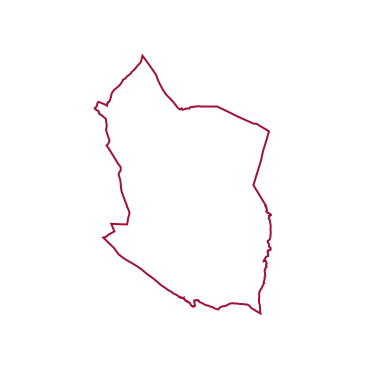 Rollag nor, Buskerud, Norway, rotated 52°
{"feature_id": "86288312B57956747563508", "entity_name": "Rollag nor", "entity_type": "district", "adm_level": 2, "iso_a3": "NOR", "parent_name": "Norway", "parent_adm1": "Buskerud", "projection": "natural_earth1", "projection_center": [9.279, 60.016], "detail": "fine", "context": "isolated", "style": "outline", "palette": "rose", "viewbox_px": 384, "rotation_deg": 52, "n_neighbors": 0, "source": "geoboundaries", "source_scale": "gbopen_adm2", "svg_char_len": 5725}
<svg xmlns="http://www.w3.org/2000/svg" viewBox="0 0 384 384"><g transform="rotate(52 192 192)"><path d="M319.6,206.7L318.2,205.7L316.0,203.5L315.5,203.3L314.5,202.4L313.6,201.9L313.0,201.0L312.3,200.5L310.6,196.7L310.6,196.1L309.8,194.8L308.7,192.5L308.0,191.8L308.1,191.3L307.5,191.4L305.4,188.4L303.7,187.2L303.4,185.9L299.1,183.5L298.5,183.0L298.4,182.9L298.4,182.5L298.3,182.3L298.3,182.1L298.2,182.1L297.6,181.7L297.4,181.2L297.0,180.7L296.8,180.4L297.0,179.5L297.0,179.3L296.8,179.2L295.3,178.8L295.3,178.6L294.6,177.8L294.6,177.3L294.4,177.2L294.0,177.2L293.9,177.1L293.3,176.9L293.2,176.7L292.9,176.6L292.2,176.3L291.7,176.4L291.6,176.7L291.1,177.2L291.1,177.3L290.9,177.7L290.4,177.7L290.4,177.8L290.2,177.6L290.0,177.3L289.9,176.4L289.8,175.9L289.4,175.4L288.8,173.8L288.8,173.0L289.0,172.3L289.4,171.5L289.4,171.2L289.0,170.9L288.5,170.8L288.3,170.6L288.1,170.5L287.4,170.3L287.2,169.8L286.9,169.8L286.7,169.6L286.3,169.4L286.1,169.5L285.6,169.0L285.1,168.7L285.1,168.3L284.9,168.2L284.9,167.8L285.2,167.7L285.3,167.6L285.5,167.4L285.5,167.2L285.6,166.5L285.9,165.9L285.6,165.6L285.6,165.4L285.4,165.0L284.6,164.9L284.2,164.5L283.6,164.6L283.4,164.6L283.4,164.8L283.1,164.9L282.8,164.9L282.4,164.6L281.5,164.4L281.4,164.2L281.2,164.0L279.7,163.2L278.5,163.3L278.0,163.2L277.7,162.9L277.5,162.5L277.4,162.5L277.2,162.3L277.4,161.9L277.3,160.6L277.3,160.1L276.1,158.3L272.3,154.8L270.0,153.3L267.1,150.8L261.9,147.9L261.6,147.8L260.7,148.0L260.3,147.9L260.0,147.7L259.6,147.0L258.7,146.6L258.6,146.4L258.1,146.1L258.1,145.2L258.6,145.0L258.7,144.9L258.6,144.7L258.7,144.2L258.8,144.0L258.7,143.9L257.9,143.8L257.4,144.0L257.2,144.3L256.3,144.3L255.6,144.6L255.2,144.9L255.2,145.1L254.4,145.5L254.1,145.3L253.8,145.3L253.6,145.3L253.3,145.3L253.0,145.4L252.9,145.4L252.9,145.0L252.7,144.8L252.6,144.7L252.5,144.4L252.5,143.9L252.4,143.8L250.6,143.4L250.4,143.2L250.0,143.2L249.9,142.9L248.0,142.7L248.1,142.3L247.5,141.8L246.8,142.0L224.4,139.4L209.6,118.1L203.6,111.0L200.2,106.1L200.1,105.9L197.2,101.8L196.0,100.0L193.2,96.3L191.7,94.0L189.7,94.7L189.1,94.8L188.0,95.3L183.0,97.3L181.6,97.9L179.4,98.5L178.8,98.8L177.4,99.8L177.0,100.2L176.8,100.6L176.6,100.9L176.2,101.3L175.7,101.6L160.1,109.8L153.4,113.0L140.2,119.5L131.3,130.9L130.5,131.9L128.3,134.2L124.1,141.3L124.6,142.5L124.6,142.8L124.3,143.1L124.0,143.7L123.4,144.1L123.0,144.7L122.7,145.0L122.4,146.2L122.2,146.7L122.1,147.0L121.8,147.9L121.3,148.8L119.9,148.7L120.2,149.5L119.5,150.1L119.4,150.3L119.4,150.8L119.2,150.9L118.8,151.0L116.7,151.4L110.1,151.3L105.3,151.7L99.8,152.4L93.3,152.0L85.7,150.6L82.9,149.9L77.3,148.1L66.1,147.5L54.1,147.1L57.1,150.8L57.7,151.8L58.3,153.1L58.6,154.1L58.8,156.5L59.5,159.7L59.8,160.5L60.0,161.8L60.3,165.1L60.3,165.8L61.0,167.4L61.0,171.4L60.9,172.1L61.3,174.0L61.4,174.8L61.5,175.8L61.0,176.8L62.2,179.4L63.3,183.1L63.7,190.9L64.7,194.3L65.9,195.8L69.4,200.4L69.6,201.3L69.6,202.2L69.8,202.4L69.7,202.5L69.8,202.9L69.6,203.0L70.2,203.8L70.2,204.1L70.1,204.3L70.3,204.8L70.5,205.0L70.7,205.3L71.2,205.5L71.3,205.5L71.1,205.3L71.2,205.2L71.4,205.4L71.6,205.7L66.8,208.1L66.2,208.5L63.9,209.9L63.4,210.1L63.4,210.7L63.8,211.8L64.3,212.6L65.2,213.3L65.7,214.2L65.7,214.6L65.9,214.7L65.9,214.8L65.9,215.0L66.0,215.3L65.9,216.0L66.3,217.2L66.9,217.0L67.3,217.2L68.6,216.7L69.3,216.6L69.7,216.2L71.1,215.9L71.5,216.2L72.0,216.2L72.2,216.3L72.3,216.5L73.0,216.7L73.1,217.0L76.7,215.7L78.9,215.4L81.0,214.8L87.1,218.2L90.1,221.4L90.3,221.7L100.6,225.3L102.5,228.3L102.5,229.6L102.9,230.7L107.4,230.9L124.1,232.8L128.4,232.9L129.5,233.6L131.4,235.3L131.4,236.3L132.4,238.2L132.8,238.9L138.0,241.0L141.4,242.9L143.0,244.1L144.2,244.8L145.2,245.5L146.5,246.1L147.0,246.5L147.9,247.0L149.9,247.7L156.0,249.6L157.9,250.3L161.3,251.3L163.4,252.0L164.1,252.5L165.4,252.5L165.8,252.6L168.1,253.4L170.3,254.3L173.2,258.3L177.6,263.1L174.0,267.5L167.4,275.2L175.3,277.4L174.3,284.0L174.2,288.6L173.5,289.3L173.3,290.0L187.7,288.0L196.0,288.2L202.1,286.6L205.0,285.6L208.6,284.2L210.5,283.3L217.0,280.9L221.3,279.5L228.2,278.1L236.6,275.7L241.1,274.7L245.4,274.0L250.2,272.4L253.9,271.4L255.7,270.7L256.8,270.1L257.7,269.8L260.3,269.2L262.4,268.2L263.5,267.5L265.8,266.8L266.4,267.0L266.8,267.0L267.0,266.9L267.3,266.4L268.0,266.1L268.0,265.7L268.3,265.7L268.6,265.6L268.8,265.5L268.9,265.4L269.0,265.5L269.1,265.4L269.1,265.2L269.4,265.2L269.5,265.0L269.8,264.9L269.9,264.6L270.3,264.4L270.1,264.2L270.2,263.7L270.4,263.9L270.5,264.1L270.9,264.2L271.2,264.1L271.3,263.8L271.8,263.8L272.2,263.8L272.3,263.8L272.2,264.0L272.8,263.9L273.2,264.1L273.4,264.1L273.5,264.0L273.8,264.0L274.4,263.8L274.4,263.5L275.1,263.0L275.4,263.0L275.7,262.9L275.9,263.0L275.9,262.9L276.1,262.7L276.5,262.7L276.8,262.5L277.0,262.5L277.3,262.4L277.7,262.0L278.4,262.1L279.3,262.3L281.3,262.5L281.4,262.4L281.5,262.3L282.1,262.0L282.8,262.0L283.0,261.8L282.9,261.4L282.9,261.1L283.1,261.1L283.4,260.4L283.3,260.2L283.2,259.9L283.4,259.7L281.6,258.6L279.0,257.3L278.9,257.0L278.8,256.8L280.3,255.1L280.1,254.7L280.3,254.3L280.8,253.9L281.1,254.0L281.5,253.9L282.1,253.6L283.1,253.8L283.7,253.7L285.3,252.6L287.9,251.6L288.4,251.4L290.1,250.5L291.3,249.3L291.7,249.1L294.3,247.7L295.6,246.5L297.5,246.0L300.8,243.5L300.3,241.5L300.2,240.5L300.2,240.2L300.4,239.9L301.1,237.9L301.6,237.1L302.0,236.7L302.4,235.6L302.5,234.9L302.7,234.1L302.9,233.0L303.0,232.1L303.7,230.0L304.6,228.6L306.0,227.1L306.6,226.4L307.1,225.7L307.5,225.4L307.9,224.8L309.7,223.3L310.9,221.7L311.1,221.6L313.1,219.4L314.7,217.8L316.9,216.7L318.5,216.9L320.1,216.6L320.5,216.5L322.0,216.0L322.9,215.5L324.5,215.0L327.6,213.8L329.9,212.8L327.5,211.5L326.5,210.6L326.0,210.2L323.9,208.9L322.2,207.9L320.7,207.3L319.6,206.7Z" fill="none" stroke="#9f1239" stroke-width="2"/></g></svg>